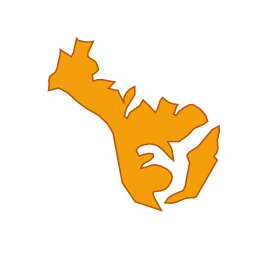 Auckland Islands, Albers equal-area conic projection, rotated 295°
{"feature_id": "NZL-5479", "entity_name": "Auckland Islands", "entity_type": "state/province", "adm_level": 1, "iso_a3": "NZL", "parent_name": "New Zealand", "parent_adm1": "", "projection": "albers", "projection_center": [166.127, -50.717], "detail": "fine", "context": "isolated", "style": "filled", "palette": "amber", "viewbox_px": 256, "rotation_deg": 295, "n_neighbors": 0, "source": "natural_earth", "source_scale": "10m", "svg_char_len": 1792}
<svg xmlns="http://www.w3.org/2000/svg" viewBox="0 0 256 256"><g transform="rotate(295 128 128)"><path d="M173.8,71.6L168.5,76.7L164.7,75.4L161.0,73.4L155.7,76.5L158.9,80.1L161.1,84.9L164.1,96.7L162.0,95.7L157.7,94.5L155.7,93.4L157.0,100.6L157.9,103.3L155.5,105.4L149.4,113.3L154.0,111.5L159.1,111.6L164.1,113.3L168.4,116.6L161.1,120.1L144.8,118.2L136.6,119.9L136.6,123.2L142.6,123.1L153.3,129.3L159.8,129.8L157.0,138.3L153.5,146.4L158.3,146.7L166.3,145.6L170.3,146.4L169.0,150.6L168.5,154.8L169.0,159.1L170.3,163.2L167.7,162.9L162.4,163.5L159.8,163.2L159.8,166.5L164.0,167.0L169.5,169.7L174.4,173.3L176.7,176.5L175.9,184.8L172.5,192.9L167.7,197.4L163.0,194.7L155.7,188.3L146.1,184.9L137.3,180.1L132.4,169.6L129.1,174.6L125.6,178.0L117.8,183.1L119.7,176.7L122.7,169.4L124.6,161.8L123.1,154.8L119.7,149.7L115.6,145.7L111.3,144.9L107.3,150.0L110.0,152.6L113.5,157.1L115.2,161.4L112.6,163.2L108.4,161.8L101.3,156.7L96.8,156.6L100.2,161.1L103.3,163.9L105.8,167.2L107.3,173.2L107.2,180.5L105.6,185.7L102.4,188.8L97.9,189.8L92.5,189.3L88.4,187.7L84.9,184.2L81.1,178.2L78.5,178.6L74.6,183.1L67.4,193.1L64.2,165.7L76.0,146.0L117.1,116.6L123.1,107.8L127.0,96.4L128.3,81.5L130.6,70.5L134.3,58.8L135.0,48.1L128.3,40.1L133.7,38.4L137.8,36.1L141.9,35.3L147.3,38.3L151.5,38.6L166.4,35.3L170.5,33.5L169.9,36.6L169.2,43.3L168.5,46.5L173.5,46.7L187.5,43.5L186.4,46.2L187.6,51.9L189.8,57.4L191.8,60.0L179.0,60.0L176.1,61.2L175.1,64.2L174.9,67.9L173.8,71.6ZM141.0,199.4L161.9,204.9L168.3,209.6L164.0,212.0L155.4,213.8L147.2,218.3L142.9,218.9L138.7,217.9L136.6,222.5L94.6,218.9L92.4,216.8L91.1,213.7L88.4,209.7L81.3,203.2L78.2,199.2L75.8,193.1L81.4,193.9L86.3,196.9L94.7,204.4L99.0,204.5L122.6,198.5L126.5,194.1L128.4,193.0L131.8,193.6L141.0,199.4Z" fill="#f59e0b" stroke="#b45309" stroke-width="1.5"/></g></svg>